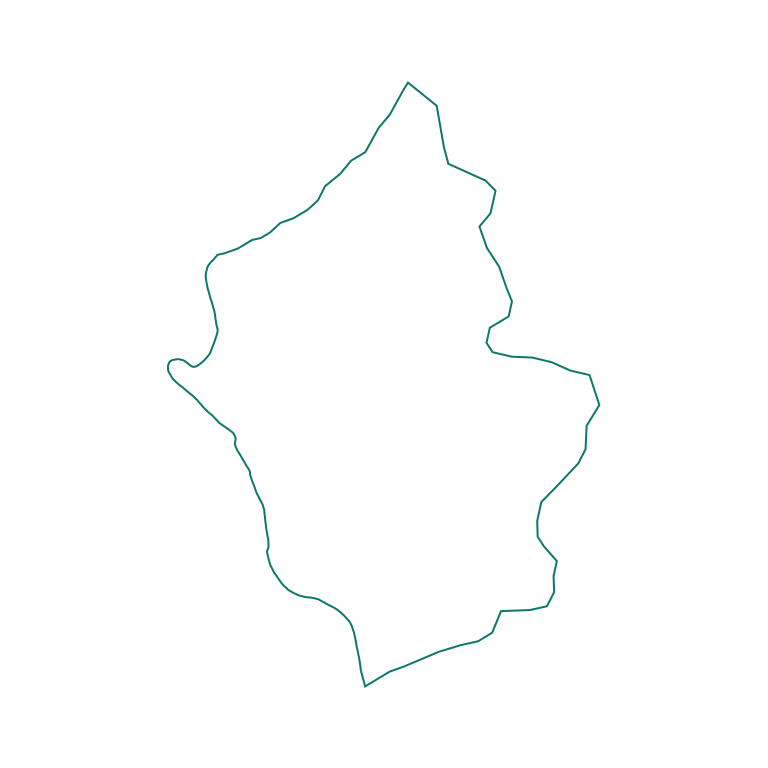 the district of Sakju, P'yŏngan-bukto, North Korea, rotated 282°
{"feature_id": "82179303B80718033581165", "entity_name": "Sakju", "entity_type": "district", "adm_level": 2, "iso_a3": "PRK", "parent_name": "North Korea", "parent_adm1": "P'yŏngan-bukto", "projection": "robinson", "projection_center": [124.843, 40.331], "detail": "fine", "context": "isolated", "style": "outline", "palette": "teal", "viewbox_px": 768, "rotation_deg": 282, "n_neighbors": 0, "source": "geoboundaries", "source_scale": "gbopen_adm2", "svg_char_len": 6151}
<svg xmlns="http://www.w3.org/2000/svg" viewBox="0 0 768 768"><g transform="rotate(282 384 384)"><path d="M475.7,194.2L474.9,193.9L473.8,193.3L472.6,192.6L471.3,192.0L470.1,191.3L469.4,190.8L468.6,190.3L467.8,189.7L466.8,189.1L465.5,188.5L464.4,188.0L463.4,187.5L462.5,187.2L461.4,187.0L460.1,186.9L459.1,186.9L457.7,186.8L456.5,186.8L454.2,186.9L453.1,187.0L452.0,187.3L451.0,187.6L447.7,188.8L446.6,189.2L445.5,189.7L444.2,190.2L442.2,191.1L441.2,191.5L440.4,191.9L439.2,192.5L437.8,193.3L436.8,193.8L435.5,194.5L434.5,195.1L433.3,195.6L432.3,196.2L431.2,196.7L430.1,197.4L428.8,198.3L427.3,199.0L425.2,200.1L424.5,200.5L423.4,201.0L421.2,202.3L420.0,202.9L418.9,203.3L417.7,203.8L416.5,204.3L415.3,204.8L413.0,205.5L411.9,205.9L410.9,206.4L409.9,206.7L406.8,207.9L405.6,208.5L404.5,209.1L403.3,209.7L402.0,210.1L400.7,210.3L399.5,210.3L398.0,210.2L395.6,210.0L391.2,209.5L389.8,209.3L387.4,208.9L386.2,208.7L384.7,208.5L383.1,208.3L381.9,208.1L380.5,207.9L379.1,207.7L377.9,207.4L376.7,207.0L375.2,206.2L373.9,205.5L372.8,204.9L371.5,204.3L370.4,203.6L369.4,202.9L368.5,202.3L367.5,201.6L366.6,200.7L365.5,200.0L364.6,199.2L363.8,198.4L363.0,197.6L362.4,196.8L361.9,196.1L361.5,195.2L361.2,194.3L361.2,193.0L361.4,191.8L362.2,190.1L362.7,189.1L363.1,188.1L363.8,187.0L364.3,185.9L364.6,185.1L365.0,184.2L365.3,183.3L365.5,182.1L365.5,180.8L365.6,179.7L365.6,178.5L365.5,177.5L365.2,176.5L364.9,175.5L364.1,173.7L363.7,172.8L363.3,171.9L362.7,171.1L362.1,170.4L361.2,169.8L360.5,169.5L359.6,169.3L357.5,169.0L356.5,169.0L355.5,169.2L354.6,169.4L353.8,169.6L353.0,169.8L352.2,170.2L351.5,170.6L350.1,171.7L349.5,172.3L348.8,173.0L348.0,173.6L347.3,174.4L346.6,175.0L345.9,175.6L345.2,176.4L344.5,177.3L343.9,178.3L342.5,180.5L341.9,181.5L341.4,182.5L340.8,183.5L340.2,184.7L339.7,185.7L339.2,187.2L338.5,188.3L337.9,189.4L337.1,190.8L336.7,191.8L336.2,192.5L335.6,193.7L334.9,195.0L334.3,196.2L333.7,197.4L333.1,198.6L332.4,199.8L331.8,200.9L331.0,202.0L330.4,203.1L329.7,204.3L329.0,205.2L328.1,206.2L327.5,207.1L326.9,207.9L326.2,208.9L325.4,209.9L324.6,210.9L323.9,211.7L323.3,212.6L322.6,213.8L321.4,215.7L320.7,216.7L320.1,217.7L319.4,218.8L318.9,219.9L318.5,220.9L317.9,222.0L317.2,223.1L316.5,224.1L315.7,225.2L314.5,227.0L313.7,228.2L312.7,229.6L311.8,230.8L311.3,231.8L310.8,233.0L310.4,234.1L309.7,235.4L309.3,236.6L308.8,237.8L308.2,239.3L307.4,241.2L307.0,242.0L306.1,243.8L305.7,244.8L305.2,245.7L304.7,246.6L304.1,247.2L303.4,247.8L302.9,248.3L302.1,248.8L301.6,249.3L301.0,249.7L300.4,249.9L299.7,250.2L299.0,250.3L297.2,250.4L295.9,250.4L294.8,250.5L293.9,250.7L293.3,251.1L291.5,252.2L290.6,252.8L289.6,253.5L288.8,254.2L287.7,255.2L286.8,256.1L285.9,257.0L284.9,257.9L283.9,258.8L282.9,259.8L281.7,260.7L280.7,261.7L279.6,262.7L278.7,263.6L276.7,265.3L274.6,267.3L273.6,268.4L272.5,269.4L271.5,270.3L270.5,270.9L269.5,271.4L268.7,271.6L267.9,271.7L266.8,272.2L265.7,272.9L264.5,273.5L263.6,274.1L262.5,274.7L261.4,275.4L260.4,276.1L259.4,276.7L258.2,277.6L256.0,279.0L254.9,279.6L253.8,280.3L252.7,280.9L251.8,281.4L250.0,282.8L249.3,283.4L247.6,284.8L246.7,285.4L246.0,285.9L245.4,286.5L244.7,287.2L243.8,287.9L243.0,288.7L242.1,289.4L241.1,290.1L240.3,290.6L239.3,291.2L238.2,291.7L237.2,292.3L236.0,293.0L235.2,293.2L234.0,293.5L232.6,294.0L231.0,294.5L229.4,295.2L227.8,295.6L226.1,296.2L224.4,296.7L223.2,297.2L221.8,297.6L220.3,298.1L218.5,298.8L217.3,299.1L215.9,299.8L214.2,300.4L212.7,301.0L211.4,301.5L210.1,302.1L208.9,302.7L207.3,303.3L205.9,303.6L203.5,304.3L202.3,304.5L201.4,304.7L200.5,304.8L199.6,304.8L198.7,304.7L197.0,304.5L196.3,304.4L195.8,304.4L194.5,304.8L193.6,305.3L192.5,305.8L191.9,306.1L189.4,307.3L187.9,308.0L186.7,308.6L185.4,309.3L184.4,309.9L183.4,310.4L182.5,311.0L181.6,311.8L180.7,312.5L179.9,313.1L179.1,313.8L178.3,314.4L177.6,315.1L176.6,315.8L175.9,316.5L175.2,317.3L174.5,318.2L173.8,318.9L173.0,319.7L172.2,320.6L171.4,321.3L170.7,322.1L170.1,322.8L169.5,323.5L168.8,324.2L168.1,325.0L167.5,325.7L166.9,326.6L166.2,327.5L165.7,328.3L165.1,329.2L164.8,329.9L164.3,330.6L163.7,331.6L163.0,332.6L162.6,333.5L162.3,334.4L161.9,335.4L161.6,336.6L161.2,337.7L160.8,338.8L160.5,340.0L160.3,341.5L160.1,342.4L159.7,343.5L159.6,344.6L159.5,345.7L159.4,346.9L159.3,348.3L159.3,349.9L159.3,351.5L159.4,352.9L159.5,354.2L159.7,355.1L159.8,356.5L159.9,358.2L160.0,360.1L159.9,361.7L159.8,363.3L159.8,364.3L159.7,365.0L159.1,366.9L158.4,368.8L158.2,369.6L158.0,370.2L157.9,370.9L157.5,372.0L156.9,374.0L156.6,374.9L156.3,375.8L156.1,376.8L155.9,377.8L155.6,378.8L155.3,379.8L155.0,380.9L154.8,381.8L154.5,382.6L154.1,383.7L153.7,384.5L153.4,385.4L153.0,386.1L152.8,386.7L152.3,387.6L151.9,388.5L151.0,390.2L150.1,391.5L149.7,392.3L149.1,393.1L148.6,393.9L148.1,394.7L147.5,395.5L146.4,397.1L145.8,397.8L145.2,398.6L144.7,399.1L144.2,399.8L143.5,400.5L142.9,401.0L142.2,401.5L141.5,402.1L140.7,402.7L139.9,403.2L138.0,404.3L137.0,404.8L136.2,405.4L135.2,406.0L134.4,406.4L133.5,406.8L132.5,407.3L131.5,407.8L130.8,408.1L128.7,409.0L127.8,409.4L125.2,410.4L122.7,411.4L121.7,411.9L120.5,412.3L117.6,413.7L116.7,414.0L114.7,414.9L113.5,415.4L112.4,415.9L111.4,416.4L109.3,417.2L108.0,417.7L106.5,418.3L105.3,418.7L104.1,419.1L103.0,419.6L102.2,419.9L101.4,420.2L100.5,420.3L99.7,420.7L98.5,421.3L97.4,421.7L96.7,422.1L95.8,422.5L94.8,423.0L93.9,423.6L92.2,424.3L91.3,424.8L90.0,425.5L88.9,426.1L87.8,426.7L86.6,427.2L85.5,427.8L84.2,428.4L103.9,449.4L111.3,461.5L133.6,493.5L144.6,513.5L151.9,529.5L163.2,541.5L186.2,545.7L193.2,573.6L200.5,589.6L215.8,593.7L231.3,589.8L246.7,589.9L258.6,574.0L266.5,566.1L282.0,562.3L301.2,562.4L320.2,574.5L346.8,590.6L362.1,594.7L385.2,590.9L408.2,599.0L435.5,583.2L435.9,563.3L440.2,543.4L440.7,523.5L437.3,503.6L437.7,483.6L445.6,475.7L461.0,475.8L476.0,491.9L491.4,492.0L503.1,484.1L522.6,472.3L538.4,456.5L557.9,444.6L573.1,452.7L596.2,452.9L604.1,441.0L612.7,401.2L628.3,393.3L667.1,377.7L683.8,344.8L675.5,341.8L648.8,333.7L633.6,325.6L606.9,317.5L595.6,305.4L580.4,297.4L565.3,285.3L550.0,281.2L538.7,273.2L527.4,261.1L520.0,249.1L508.6,241.1L501.1,233.0L497.5,225.0L486.2,213.0L478.8,201.0L475.7,194.2Z" fill="none" stroke="#0f766e" stroke-width="2"/></g></svg>